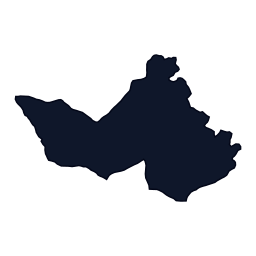 the district of São Joaquim da Barra, São Paulo, Brazil
{"feature_id": "56859067B83817262349293", "entity_name": "São Joaquim da Barra", "entity_type": "district", "adm_level": 2, "iso_a3": "BRA", "parent_name": "Brazil", "parent_adm1": "São Paulo", "projection": "mercator", "projection_center": [-47.939, -20.54], "detail": "fine", "context": "isolated", "style": "filled", "palette": "ink", "viewbox_px": 256, "rotation_deg": 0, "n_neighbors": 0, "source": "geoboundaries", "source_scale": "gbopen_adm2", "svg_char_len": 2985}
<svg xmlns="http://www.w3.org/2000/svg" viewBox="0 0 256 256"><path d="M152.7,56.6L150.8,59.5L148.0,61.4L146.9,64.2L146.9,67.1L146.8,69.8L147.0,72.7L146.8,74.7L146.5,77.0L144.2,78.5L141.1,79.5L137.5,79.9L133.0,80.8L131.6,83.0L130.9,86.3L130.4,89.0L129.7,90.9L125.3,95.5L122.7,98.8L121.2,100.8L117.8,104.1L116.4,105.5L114.3,107.3L111.5,110.2L109.2,113.2L106.6,115.2L103.8,116.8L101.7,118.4L99.8,120.6L97.8,122.1L95.8,122.2L92.5,120.5L90.7,118.5L86.5,115.5L82.4,112.5L79.6,111.6L76.6,110.6L73.0,109.6L70.9,108.5L68.5,105.7L63.8,102.3L62.6,100.8L60.8,99.7L58.5,99.9L52.3,101.8L49.8,102.5L47.3,102.6L45.1,102.3L42.6,101.1L39.4,99.9L36.1,99.3L33.7,98.2L28.7,96.5L26.8,96.4L24.7,96.3L20.4,96.1L18.0,96.5L15.8,96.5L15.4,99.2L16.6,102.0L18.0,103.8L19.5,105.3L20.9,106.7L22.2,108.5L23.2,110.2L23.9,112.9L25.1,115.3L27.3,116.3L28.4,118.2L29.9,119.9L31.3,122.4L32.8,124.7L34.7,126.4L35.4,128.5L35.9,130.3L36.3,132.2L37.3,134.0L38.9,136.7L42.2,139.3L41.2,141.2L43.0,144.3L45.2,146.6L45.0,150.0L45.6,153.8L46.7,156.0L47.5,158.0L48.7,160.2L52.1,161.0L54.9,161.9L57.3,164.0L59.6,165.1L61.3,165.9L64.9,166.0L68.6,166.1L72.1,166.5L75.6,166.0L78.9,165.5L81.3,166.0L83.3,166.7L86.1,166.7L89.2,168.5L91.1,170.1L94.3,171.5L96.7,173.1L98.1,175.0L100.3,176.2L102.3,176.9L104.2,177.9L106.6,179.4L107.7,177.5L109.2,175.2L111.5,173.6L114.5,172.3L121.0,171.0L124.2,170.0L127.1,168.3L129.6,167.0L134.3,164.6L137.4,163.3L139.3,162.1L141.4,160.7L143.7,159.3L145.0,160.8L145.7,163.2L146.1,165.4L145.4,173.9L145.8,177.9L147.1,180.8L149.0,185.2L149.4,189.1L153.3,189.3L156.9,189.4L159.1,190.2L162.7,192.0L165.0,193.8L166.6,195.0L169.4,196.6L173.8,198.5L176.2,200.6L180.8,201.0L186.1,200.9L186.6,198.5L187.4,196.5L189.0,194.4L190.9,192.1L193.7,190.5L196.0,189.8L197.7,188.4L199.5,187.3L201.7,186.5L203.6,185.9L205.6,185.4L208.9,184.3L212.0,183.3L214.9,182.3L216.9,180.8L219.4,179.4L222.1,177.9L224.0,177.0L226.6,175.2L227.8,173.2L228.9,171.1L231.4,169.4L234.3,167.9L235.5,165.1L235.3,162.3L234.0,160.7L232.4,159.9L232.3,157.7L234.3,156.1L235.7,154.3L236.9,152.2L237.9,150.4L240.6,149.1L240.6,146.6L238.9,144.2L235.8,144.0L233.4,145.4L231.1,146.7L229.4,144.4L229.9,142.5L229.9,139.6L231.0,137.5L231.8,133.7L229.5,131.9L227.0,132.2L224.4,131.5L220.9,130.3L219.8,132.6L217.4,135.2L215.0,136.9L214.1,134.6L214.1,131.7L211.3,129.8L207.9,128.3L206.0,127.6L204.2,125.9L205.6,123.7L207.2,122.3L208.2,120.5L209.2,117.0L207.0,115.8L205.1,114.2L202.5,111.8L200.0,112.4L195.7,110.1L193.3,108.1L190.4,107.5L189.5,104.8L188.7,102.3L187.8,100.5L186.7,98.6L188.9,96.5L191.1,93.7L189.7,90.1L188.4,87.3L186.1,84.5L185.6,81.7L183.5,79.6L182.0,78.4L180.1,77.9L178.1,78.2L177.3,80.1L175.5,81.2L173.3,81.8L171.4,81.3L169.1,80.1L168.9,77.8L170.6,76.6L173.2,75.3L175.0,72.2L177.7,71.1L179.1,69.3L178.3,67.2L176.5,65.6L175.2,63.9L175.5,62.0L176.1,59.9L175.7,57.6L173.2,57.5L171.6,58.5L168.7,57.9L166.8,58.9L164.3,59.5L162.9,56.9L161.1,55.8L159.2,55.8L156.2,55.0L154.2,55.4L152.7,56.6Z" fill="#0f172a" stroke="#020617" stroke-width="1.5"/></svg>